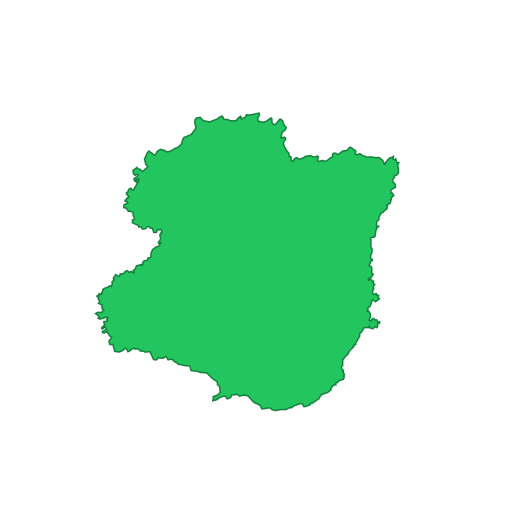 Niquelândia, Goiás, Brazil (Equal Earth projection), rotated 47°
{"feature_id": "56859067B74347687332903", "entity_name": "Niquelândia", "entity_type": "district", "adm_level": 2, "iso_a3": "BRA", "parent_name": "Brazil", "parent_adm1": "Goiás", "projection": "equal_earth", "projection_center": [-48.44, -14.478], "detail": "fine", "context": "isolated", "style": "filled", "palette": "green", "viewbox_px": 512, "rotation_deg": 47, "n_neighbors": 0, "source": "geoboundaries", "source_scale": "gbopen_adm2", "svg_char_len": 6152}
<svg xmlns="http://www.w3.org/2000/svg" viewBox="0 0 512 512"><g transform="rotate(47 256 256)"><path d="M403.3,307.3L402.2,304.3L402.3,301.9L404.7,296.6L405.0,292.8L403.6,290.4L403.4,287.1L404.7,285.4L403.4,284.5L404.1,282.2L403.8,280.2L405.8,276.2L404.8,274.1L403.8,273.8L402.8,272.0L401.0,271.9L399.1,270.0L398.0,270.6L395.4,269.3L395.2,267.3L391.3,263.6L390.3,258.8L390.6,256.2L388.9,251.4L389.1,247.8L388.4,246.9L388.9,246.1L388.1,244.4L388.6,243.3L387.8,242.9L385.3,234.7L383.4,233.1L383.6,230.7L382.1,225.9L385.0,222.6L384.7,221.0L386.0,221.8L388.3,220.6L388.9,220.1L388.9,216.9L390.8,216.5L390.4,215.0L388.6,213.6L389.3,211.3L388.3,210.4L387.7,212.0L385.0,211.2L384.1,212.5L381.9,212.5L381.4,213.4L381.4,215.0L382.2,215.8L380.7,217.1L380.0,217.1L378.7,214.0L376.6,212.0L373.9,211.2L372.3,212.5L371.7,210.5L370.8,210.7L370.3,210.0L370.6,206.7L367.8,201.7L367.9,200.3L371.0,199.8L371.4,194.9L369.4,195.0L368.8,193.4L367.5,193.6L366.7,194.5L365.5,193.7L364.3,196.2L362.0,195.6L361.1,194.6L360.4,192.3L358.2,190.8L357.7,188.5L355.9,189.0L354.6,187.2L354.0,188.1L351.5,187.7L350.7,188.7L350.7,190.1L349.5,189.8L349.3,188.7L350.2,185.8L349.2,182.7L347.8,183.4L343.6,179.4L342.4,179.0L340.2,179.9L338.2,175.5L338.8,173.9L337.8,173.2L336.3,174.1L333.5,171.5L332.8,169.3L330.2,166.3L327.5,165.7L322.3,160.6L321.2,160.3L320.8,159.2L322.8,156.8L322.9,155.7L319.0,150.8L317.9,148.5L318.0,146.1L316.4,147.5L313.2,144.4L313.2,141.1L311.4,139.8L310.0,134.5L310.7,133.3L310.4,129.5L310.9,128.3L309.1,125.7L307.9,125.6L308.9,121.9L305.5,116.5L305.8,114.1L303.2,113.3L302.0,114.5L299.6,112.1L300.9,107.2L299.1,105.6L297.5,105.1L295.6,105.5L293.5,104.4L292.9,101.1L291.8,100.2L292.8,97.7L292.5,95.2L288.9,91.9L286.3,90.7L285.1,87.8L283.5,89.3L280.3,87.6L280.2,88.9L278.5,89.6L276.9,87.6L276.7,89.6L275.8,90.4L275.4,92.1L276.0,97.6L277.0,98.7L276.6,99.6L272.4,98.1L267.6,99.0L266.4,100.8L261.6,104.6L260.0,107.1L254.5,109.8L252.3,110.1L251.6,110.8L251.4,112.5L249.3,114.0L247.2,111.4L240.8,112.7L240.4,114.0L240.8,117.7L238.3,121.0L237.9,126.8L235.1,127.7L233.6,129.3L234.2,131.1L235.8,132.0L234.9,135.0L234.7,139.2L234.0,140.7L231.2,142.5L230.3,144.6L229.1,145.8L228.2,146.1L226.0,142.9L224.9,142.8L223.3,146.2L219.6,147.8L216.9,151.8L216.6,154.3L214.8,158.2L213.9,158.9L212.2,158.8L211.6,159.7L211.1,161.8L212.0,163.9L211.2,164.9L210.1,165.0L207.3,162.8L205.9,163.8L203.0,161.7L200.5,161.9L194.3,160.4L191.5,158.3L190.7,154.6L190.0,154.0L188.7,154.0L186.7,157.1L183.4,152.7L183.7,148.4L182.9,146.4L178.0,145.8L175.2,144.3L172.5,144.8L172.2,146.0L173.1,151.6L172.6,152.8L171.9,153.5L169.6,153.5L166.1,150.6L165.3,150.8L164.3,157.3L162.8,159.8L159.6,161.9L158.5,162.3L157.2,161.5L156.3,160.6L155.2,157.2L153.6,156.3L148.5,164.7L146.2,166.6L147.2,169.1L145.9,173.1L145.2,173.4L144.1,172.1L143.2,172.0L143.0,175.3L143.5,177.9L142.4,179.7L139.7,182.4L136.3,184.0L134.8,185.9L134.1,186.2L130.8,185.2L129.8,187.0L129.3,191.2L126.3,198.5L121.0,202.3L116.5,202.3L114.6,205.2L114.8,207.6L116.7,209.9L120.5,211.9L121.7,213.4L123.0,220.6L120.2,227.8L120.6,229.5L123.4,234.7L123.3,239.1L122.1,241.7L121.2,246.4L119.7,249.4L118.8,250.4L116.4,250.9L112.8,253.2L112.1,257.1L113.3,260.2L113.2,261.4L106.2,262.8L106.4,265.2L109.1,271.5L114.1,274.2L116.5,274.0L117.0,275.4L116.8,281.4L113.4,281.7L112.0,283.0L110.1,282.6L109.5,287.6L112.7,289.7L114.6,289.4L114.5,288.1L115.9,286.7L116.9,288.8L116.2,292.5L118.3,293.6L120.4,293.0L120.1,292.0L118.9,292.5L118.5,291.3L119.2,290.6L119.3,289.6L120.1,289.4L121.4,291.4L124.2,301.1L123.5,301.7L121.5,301.1L120.7,301.7L120.6,303.6L121.8,306.5L121.5,307.7L122.5,308.6L126.2,308.4L125.7,311.2L126.4,312.2L126.0,313.5L126.7,314.5L128.0,313.3L130.0,313.7L128.4,317.5L130.4,319.7L132.8,318.2L136.2,318.9L137.9,317.2L140.3,316.3L142.8,318.3L145.9,319.3L146.0,321.0L145.4,321.7L147.5,323.7L153.1,321.3L154.9,322.0L156.5,319.9L158.6,320.8L159.5,319.9L160.7,317.9L160.4,315.9L161.0,314.5L162.1,314.0L163.5,314.5L164.4,313.2L165.5,313.0L169.1,314.8L170.8,312.6L169.7,311.0L169.8,309.9L170.6,309.6L171.2,307.7L172.0,307.5L174.1,308.1L175.0,309.3L174.1,309.4L175.2,312.2L177.7,313.5L178.9,315.0L179.4,318.1L180.3,318.5L181.5,316.7L182.4,320.9L181.2,322.9L180.8,327.2L182.5,331.1L185.1,333.5L185.0,334.6L183.8,336.3L184.9,338.2L183.2,341.3L183.4,342.8L185.3,345.1L185.0,346.0L184.1,345.5L181.7,350.1L183.0,353.1L182.9,355.7L184.7,356.1L185.0,357.2L182.0,357.8L181.9,359.8L178.9,360.1L178.1,362.4L178.6,364.9L176.5,367.5L177.6,369.4L177.0,370.5L174.0,371.1L174.8,375.4L176.6,376.0L176.8,379.1L178.7,380.5L179.6,382.7L178.2,382.9L177.7,385.8L176.3,388.9L176.0,390.9L177.1,391.6L177.6,394.0L178.7,394.9L176.6,396.4L177.8,397.3L178.0,398.7L177.0,398.4L176.8,399.8L178.7,399.6L180.0,400.8L182.5,400.9L183.1,403.4L187.1,402.1L189.2,404.4L191.8,404.1L191.5,405.9L192.2,407.3L189.2,410.2L188.7,412.6L193.9,411.9L193.9,413.9L195.6,413.3L198.1,408.6L198.2,407.3L199.9,406.2L200.5,408.6L201.9,408.6L201.8,410.1L200.1,412.0L203.5,414.0L203.1,417.2L203.7,418.3L204.6,418.1L205.0,414.7L207.7,415.3L206.5,419.7L207.2,420.5L208.8,419.6L209.9,416.1L210.4,416.9L213.2,416.8L214.0,417.6L216.9,417.0L217.7,419.1L217.7,421.1L219.2,422.5L221.3,423.2L222.9,420.9L229.4,424.4L232.7,421.8L234.2,418.0L234.3,414.4L236.7,414.0L238.5,415.0L239.2,413.8L239.4,409.8L240.6,407.8L241.3,408.1L243.8,405.4L246.4,405.5L249.5,402.7L250.6,402.7L253.6,398.8L261.8,401.5L263.8,400.1L264.3,396.2L266.5,394.7L267.6,393.1L267.6,391.3L268.4,390.3L272.0,391.1L272.9,389.4L275.2,387.4L276.3,387.8L278.8,387.4L279.5,386.7L281.9,386.8L288.3,382.3L291.1,379.4L295.5,381.6L300.9,377.1L302.9,376.4L307.7,371.8L315.9,371.4L320.6,370.3L321.9,370.3L323.7,371.9L326.6,371.6L331.4,375.2L331.4,379.2L329.7,383.2L330.4,383.5L332.4,386.3L334.5,382.3L334.4,380.4L336.3,375.4L337.8,374.1L340.9,374.5L342.2,371.1L341.0,368.5L343.2,366.1L343.9,364.2L347.2,363.7L349.3,360.0L350.9,358.6L352.7,357.3L361.4,357.4L368.2,354.8L371.9,356.0L376.1,349.8L377.7,349.0L379.1,349.2L382.3,347.2L384.9,342.9L388.6,339.1L389.9,334.5L390.8,334.2L391.3,333.0L391.3,330.9L394.1,324.2L396.1,322.9L398.7,323.8L400.0,322.2L401.6,318.2L401.3,316.9L402.2,314.5L403.3,307.3Z" fill="#22c55e" stroke="#15803d" stroke-width="1.5"/></g></svg>